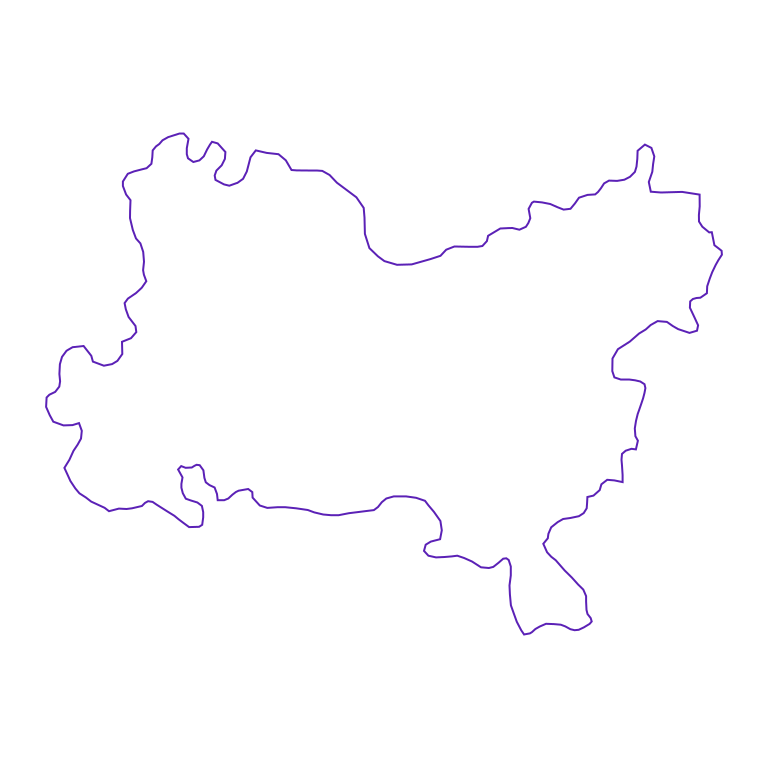 outline of Rahachow, Gomel, Belarus
{"feature_id": "67162791B93010244041694", "entity_name": "Rahachow", "entity_type": "district", "adm_level": 2, "iso_a3": "BLR", "parent_name": "Belarus", "parent_adm1": "Gomel", "projection": "albers", "projection_center": [30.185, 53.104], "detail": "fine", "context": "isolated", "style": "outline", "palette": "violet", "viewbox_px": 768, "rotation_deg": 0, "n_neighbors": 0, "source": "geoboundaries", "source_scale": "gbopen_adm2", "svg_char_len": 4631}
<svg xmlns="http://www.w3.org/2000/svg" viewBox="0 0 768 768"><path d="M524.4,634.4L529.9,633.4L532.0,632.1L535.4,629.0L539.8,626.5L546.0,623.8L553.9,624.1L560.8,624.7L565.3,626.4L570.4,629.2L574.6,630.2L578.7,629.8L583.8,627.4L589.6,623.9L591.7,621.5L590.7,618.1L587.5,614.0L586.5,609.9L586.1,601.6L586.1,596.1L583.3,589.6L578.1,584.5L571.9,577.6L564.7,570.5L555.7,560.2L551.3,556.8L547.1,552.3L543.3,543.8L545.0,541.7L547.8,538.3L548.4,533.8L551.2,527.3L557.7,522.1L563.1,519.0L570.3,518.0L578.9,516.2L583.7,513.1L586.7,508.3L587.1,502.8L587.4,497.0L593.5,495.6L599.7,490.1L601.4,484.3L607.2,479.8L614.4,480.4L622.6,482.1L622.6,475.0L622.0,465.5L621.5,459.7L622.0,453.9L625.7,450.7L631.5,448.8L635.9,449.4L637.9,440.7L635.4,436.2L634.8,428.4L636.0,420.9L637.7,414.0L639.2,409.8L641.3,403.7L643.1,398.3L644.5,392.9L645.4,388.1L644.5,384.2L640.3,381.5L635.1,380.3L629.1,379.5L620.7,379.5L614.4,377.4L612.3,371.1L612.5,358.5L617.9,349.2L629.8,341.6L639.1,333.5L645.7,329.5L650.7,325.0L657.6,321.1L666.9,321.9L672.9,326.1L678.1,329.1L689.5,332.9L697.0,330.7L698.1,325.3L694.8,318.1L689.9,307.7L690.2,301.4L692.9,299.0L696.5,298.0L700.4,297.7L706.9,293.2L707.2,286.3L709.8,278.5L712.2,272.2L715.7,264.9L718.4,260.1L721.9,254.7L721.6,250.8L718.6,248.4L714.4,245.2L711.9,232.6L711.8,232.2L709.2,232.4L702.3,226.7L699.0,221.5L698.9,215.0L699.7,206.4L699.6,194.6L682.1,191.9L661.0,192.5L650.8,191.7L648.8,182.0L652.3,171.8L653.1,164.1L654.3,156.4L651.4,147.9L644.9,144.6L637.6,150.8L637.6,151.0L637.3,158.9L636.5,166.6L634.9,171.9L630.0,176.8L624.4,179.7L617.1,180.9L609.0,180.6L604.1,183.4L600.9,188.3L598.0,192.0L595.2,194.4L587.5,194.9L579.0,197.7L574.9,203.5L570.5,208.8L563.6,209.6L557.5,207.2L550.2,204.0L542.0,202.4L533.9,201.6L531.9,202.8L528.6,208.9L530.3,218.2L528.3,223.1L525.9,226.8L519.4,229.7L512.4,228.0L508.4,228.1L500.3,228.5L488.1,235.8L486.9,241.1L482.4,246.0L477.5,246.8L469.4,246.8L454.4,246.5L446.2,249.7L440.5,255.8L430.4,259.1L420.2,262.0L411.7,264.4L397.0,264.8L384.4,261.1L377.9,256.3L369.4,248.1L364.9,233.9L364.5,217.6L363.7,207.9L356.4,197.3L336.9,182.7L329.6,175.0L322.3,170.9L316.6,170.5L307.7,170.5L296.7,170.4L291.5,170.0L285.8,160.3L278.5,154.2L266.7,152.9L255.8,150.4L250.5,157.3L248.4,165.4L246.8,171.5L243.1,178.8L237.4,182.9L236.6,183.1L229.3,185.7L224.0,184.4L215.5,179.9L214.7,175.5L216.4,170.6L221.7,165.3L224.9,158.9L225.4,152.0L217.7,143.4L212.0,141.8L210.0,144.6L207.1,149.5L203.8,156.3L199.4,160.4L193.3,162.0L188.0,158.3L186.8,154.2L186.8,148.2L188.5,138.8L183.7,133.5L179.6,133.5L168.2,137.1L162.5,140.3L159.3,144.0L156.0,146.4L152.7,150.4L152.3,157.3L151.4,163.8L146.6,168.2L141.7,169.4L134.0,171.4L127.8,173.8L122.9,181.5L122.9,186.0L126.1,194.5L130.5,200.2L130.1,210.8L130.0,218.1L132.8,229.9L136.0,238.5L140.4,243.4L143.2,251.9L144.0,261.7L143.1,270.2L143.9,274.7L146.3,281.2L141.8,287.7L136.1,293.0L127.9,298.6L124.6,303.1L125.8,309.2L128.6,317.0L135.5,326.0L136.3,332.1L131.0,338.2L122.0,341.8L122.3,354.0L117.4,360.9L112.1,364.1L103.9,365.7L92.9,361.6L91.3,355.8L83.6,346.0L72.6,347.2L68.1,349.8L66.5,350.8L62.0,356.9L59.9,364.2L59.4,374.0L60.1,381.3L59.3,386.6L55.2,391.9L49.4,394.7L46.6,397.5L46.1,406.9L49.7,415.1L53.3,421.7L63.5,425.4L72.5,425.1L79.0,423.1L81.8,430.8L81.0,438.6L77.6,444.7L73.5,450.8L69.4,459.8L64.4,467.9L68.0,475.7L70.4,481.0L75.3,488.4L79.4,493.3L85.9,497.5L91.2,501.6L104.6,507.8L109.0,511.2L118.9,508.6L126.5,509.0L132.0,508.3L141.9,506.0L145.0,502.9L148.1,501.2L152.6,501.9L156.7,504.7L167.6,511.6L174.4,515.8L178.5,519.2L183.0,522.6L189.1,527.1L199.1,526.8L202.2,524.8L203.2,517.3L203.2,512.1L201.9,505.9L197.4,502.5L190.6,500.4L185.8,498.7L182.8,493.2L181.4,487.7L181.4,483.9L182.5,477.4L178.1,469.5L181.2,466.1L185.6,467.8L191.8,467.5L194.5,465.8L196.6,464.8L199.7,465.2L203.4,470.3L204.4,477.9L205.8,482.3L209.5,485.1L214.6,487.5L217.0,494.0L217.7,500.2L224.2,500.2L228.3,498.5L232.4,494.7L235.9,492.0L238.6,490.7L248.2,489.0L252.3,492.1L252.6,497.6L259.8,505.5L267.3,507.9L277.6,507.2L285.2,507.2L296.1,508.3L307.8,510.0L314.3,512.4L323.2,514.5L331.1,515.2L338.6,515.2L348.9,513.2L357.8,512.1L365.7,511.1L373.9,510.1L378.0,507.0L381.8,502.2L386.3,498.5L393.8,496.4L406.1,496.4L416.1,497.8L425.0,500.8L428.4,505.3L433.9,511.8L440.4,521.0L441.8,530.3L440.1,539.2L434.6,540.6L430.8,541.6L425.7,544.7L424.0,550.9L428.4,555.7L436.0,557.4L444.6,557.0L451.8,556.4L457.3,555.7L464.1,558.0L472.0,561.5L481.0,567.3L488.9,568.0L493.3,566.9L498.5,562.8L503.2,558.7L506.3,558.3L508.7,560.0L510.8,566.5L510.8,575.4L509.5,585.4L509.9,594.3L510.9,605.3L513.7,613.2L516.8,621.8L521.3,630.4L524.1,634.5L524.4,634.4Z" fill="none" stroke="#5b21b6" stroke-width="2"/></svg>